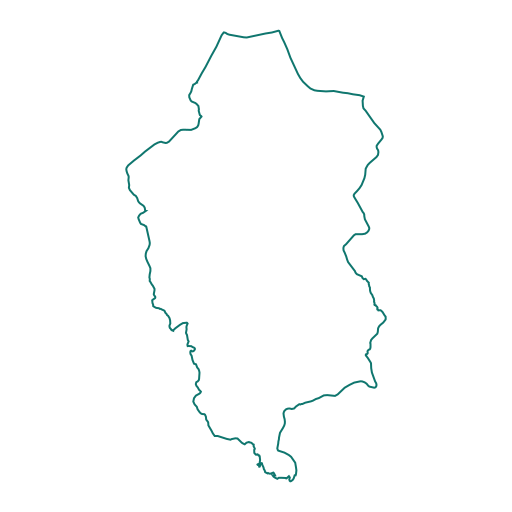 the district of Bam, Bam, Burkina Faso
{"feature_id": "67063806B14953893434288", "entity_name": "Bam", "entity_type": "district", "adm_level": 2, "iso_a3": "BFA", "parent_name": "Burkina Faso", "parent_adm1": "Bam", "projection": "natural_earth1", "projection_center": [-1.611, 13.44], "detail": "fine", "context": "isolated", "style": "outline", "palette": "teal", "viewbox_px": 512, "rotation_deg": 0, "n_neighbors": 0, "source": "geoboundaries", "source_scale": "gbopen_adm2", "svg_char_len": 6082}
<svg xmlns="http://www.w3.org/2000/svg" viewBox="0 0 512 512"><path d="M128.9,187.8L129.9,190.1L133.8,194.7L135.8,195.9L137.2,198.1L138.1,201.0L138.8,202.1L139.9,203.3L143.5,205.8L144.4,207.1L144.8,208.0L145.2,210.8L145.8,210.9L143.1,212.8L140.8,213.7L139.9,214.6L139.0,215.8L138.2,217.5L138.7,219.3L140.1,222.6L140.9,223.9L144.1,225.1L145.7,226.4L146.1,226.4L146.3,226.8L149.5,241.1L149.8,243.0L149.6,244.9L148.4,248.2L146.5,251.2L145.8,253.6L145.6,256.2L146.2,258.8L147.3,261.5L149.5,266.0L150.4,268.2L150.4,271.0L149.7,274.4L149.4,277.4L149.8,279.0L149.7,281.0L150.5,282.1L151.9,284.6L152.7,285.5L154.5,288.8L154.5,290.3L153.8,294.0L153.8,294.5L154.3,295.5L155.2,296.6L155.3,297.6L155.1,298.1L152.5,299.9L152.2,300.3L152.5,303.1L153.1,304.5L153.2,306.1L154.5,307.0L156.2,307.9L158.9,308.2L159.8,308.9L160.8,308.9L161.8,309.5L163.9,310.4L164.7,311.1L165.3,312.7L166.5,313.9L167.1,315.1L168.1,315.8L169.5,318.1L170.1,320.3L170.3,323.5L169.5,325.5L169.5,326.8L169.9,328.0L170.9,329.0L171.1,329.6L171.9,330.3L173.0,330.7L172.9,330.1L173.7,329.9L175.2,328.4L180.0,324.8L182.9,323.1L186.8,322.7L187.2,323.0L187.6,323.6L186.8,325.4L186.4,327.0L186.6,329.3L186.0,332.8L186.2,333.5L187.0,335.0L187.8,339.9L188.6,341.4L187.5,344.2L187.4,345.0L187.7,346.1L188.5,346.0L191.3,346.2L192.6,347.1L193.7,347.5L194.5,348.0L194.9,348.7L194.9,349.2L194.3,350.3L193.5,351.1L192.6,351.4L192.1,351.3L191.3,350.7L190.9,350.8L190.5,351.2L190.3,352.1L190.4,353.4L190.6,354.2L191.6,355.7L192.5,360.0L194.0,363.7L196.0,364.3L197.2,367.5L198.6,369.2L199.2,371.0L199.5,372.7L199.1,378.7L198.8,380.1L197.7,381.4L196.4,382.1L196.1,382.8L195.8,384.1L196.4,385.8L197.8,387.5L199.1,389.9L200.2,390.8L200.9,391.7L200.4,392.7L199.5,393.6L195.9,395.6L194.0,398.2L193.3,401.6L194.6,404.4L196.8,406.8L197.6,409.3L199.5,412.0L200.7,413.3L202.0,414.0L204.4,414.2L205.0,414.7L205.9,416.7L206.2,419.6L207.9,421.8L208.2,422.6L208.4,425.4L211.5,430.7L212.8,433.3L214.7,436.0L217.7,436.0L226.7,438.9L230.5,439.7L231.6,439.1L235.4,438.3L237.5,438.5L241.9,442.8L243.4,443.7L244.7,444.3L246.5,442.7L248.9,442.0L249.2,442.3L250.8,442.6L251.5,442.9L253.1,444.4L253.7,444.6L253.6,446.2L254.8,448.7L254.6,449.3L254.2,449.8L254.3,452.7L254.4,453.1L255.9,454.7L256.7,454.7L257.2,454.3L257.7,454.4L258.7,455.6L259.3,455.5L259.7,456.3L260.1,460.1L259.8,461.8L259.9,463.1L259.3,463.4L258.8,463.9L257.9,464.2L257.5,464.5L257.7,464.9L258.7,465.2L259.3,466.7L259.8,466.5L260.4,464.3L261.3,463.2L261.7,463.1L262.0,463.4L262.2,464.6L263.5,467.4L263.9,469.2L264.7,470.4L265.2,472.2L267.5,473.4L268.0,473.0L269.2,473.6L270.4,473.7L273.3,472.6L274.0,473.3L275.0,475.3L272.6,475.3L273.6,476.7L275.1,477.7L277.3,478.8L278.8,477.8L281.7,477.8L285.7,478.0L286.1,478.4L286.5,478.4L288.9,476.2L289.8,477.5L289.3,479.5L289.7,480.8L290.3,481.3L291.1,481.1L292.6,480.0L293.6,478.6L294.7,475.3L295.6,475.3L296.0,474.0L296.4,470.4L296.0,467.4L295.2,462.7L291.1,456.8L288.8,455.0L284.4,452.6L278.2,450.6L277.8,450.0L277.3,448.4L278.2,443.6L278.4,441.4L278.9,439.3L279.0,437.7L280.0,432.8L283.0,427.9L284.2,425.6L284.8,423.6L284.9,421.7L284.6,419.1L283.9,416.6L283.5,413.5L283.8,412.2L284.4,410.9L286.2,409.2L288.0,408.6L289.7,408.5L291.7,409.0L294.1,408.5L296.0,406.5L299.3,404.2L300.3,404.5L301.4,404.0L302.4,404.0L305.2,402.7L310.8,401.4L312.8,400.7L315.9,399.0L318.8,398.1L323.8,395.4L327.3,395.1L335.0,395.9L337.7,394.4L344.7,387.7L349.5,384.9L354.2,382.6L360.4,381.3L362.1,381.4L364.6,382.3L366.6,383.7L368.3,385.8L369.4,386.6L374.2,387.7L374.8,387.6L375.6,387.2L376.3,386.1L376.5,384.9L376.2,383.3L375.1,381.4L371.9,372.5L371.2,368.2L371.0,363.2L370.3,361.9L367.9,358.1L365.8,355.4L365.8,354.7L366.1,354.3L366.5,354.5L367.6,353.4L367.7,352.9L367.5,351.5L367.8,350.6L369.0,349.6L369.7,349.4L370.2,348.7L370.5,347.2L370.5,343.7L370.2,343.0L371.1,340.0L372.4,338.4L377.3,333.7L377.8,331.9L378.1,328.3L379.1,326.3L380.5,324.8L383.2,322.6L385.4,319.8L385.7,319.1L385.6,316.6L384.6,315.4L382.6,312.1L381.1,310.6L380.3,310.2L378.4,310.4L378.1,309.8L377.5,309.6L377.2,309.0L377.5,308.5L377.5,307.6L377.0,306.7L376.2,306.1L375.7,305.2L374.7,305.1L374.4,304.7L374.6,303.1L374.0,301.8L374.2,301.0L373.8,298.5L372.9,296.9L372.3,295.1L370.8,293.0L370.3,291.6L370.0,290.1L369.9,287.5L369.2,286.2L369.1,285.1L368.7,284.0L368.8,282.7L367.1,281.0L366.0,279.3L365.4,278.8L363.8,279.2L362.5,278.0L361.8,276.3L356.9,274.2L355.8,273.0L355.4,272.4L355.0,271.2L348.1,262.1L347.1,259.5L346.2,256.4L344.7,252.7L343.6,250.5L343.4,248.7L343.5,247.4L344.0,246.0L346.1,244.2L353.9,235.3L355.6,234.2L362.1,234.2L365.1,233.7L367.1,232.4L368.4,230.9L369.1,229.4L369.3,228.1L368.8,226.7L364.9,219.3L364.3,216.3L364.2,214.4L363.7,213.2L362.7,212.0L357.7,202.8L355.3,198.9L353.9,196.5L353.7,195.2L354.5,193.7L357.2,190.9L359.5,188.2L361.6,185.0L364.4,178.2L365.2,174.8L365.7,168.7L366.6,167.0L367.8,164.9L369.7,162.9L376.5,157.0L378.0,154.9L378.4,152.1L378.1,150.2L377.0,148.5L376.6,146.9L376.7,145.7L378.2,143.5L381.5,139.5L382.6,137.9L382.8,136.3L381.4,132.0L380.3,129.7L374.3,123.1L365.6,110.7L363.5,108.4L362.9,105.9L362.6,100.7L363.8,96.6L359.6,95.2L353.0,94.3L347.7,93.2L342.9,92.7L333.7,91.0L326.0,91.4L317.4,90.8L314.4,90.3L310.4,88.5L307.6,86.1L303.0,81.7L300.2,77.9L297.9,73.9L290.4,57.7L287.3,49.2L284.2,42.2L282.1,38.0L279.3,31.0L278.5,30.7L271.9,32.5L265.5,33.5L246.7,37.5L243.8,37.3L229.4,34.7L227.3,34.0L225.7,32.9L223.9,32.4L223.3,33.0L221.6,35.3L216.4,46.7L211.4,55.6L205.6,66.8L201.8,73.2L198.0,80.3L196.9,81.7L197.1,82.6L196.0,83.0L194.6,84.1L193.2,84.7L191.9,88.8L191.3,91.3L190.7,92.6L189.2,95.1L189.3,97.3L190.7,100.5L191.7,101.5L195.3,103.0L196.6,104.0L198.4,106.0L198.9,109.2L198.7,110.8L199.6,114.2L199.9,115.1L201.3,116.2L201.5,116.6L199.3,119.1L198.6,123.8L198.2,125.4L197.1,127.1L195.4,128.2L191.1,129.9L183.3,129.7L180.8,130.0L178.3,131.5L169.0,141.6L166.9,142.8L165.7,143.0L162.6,142.3L161.5,141.8L160.2,141.9L157.8,142.7L154.5,144.4L145.0,151.6L140.7,155.4L134.0,160.5L128.2,165.4L126.7,167.6L126.4,168.5L126.3,169.5L126.6,171.2L127.3,173.4L128.5,175.9L128.7,177.0L128.4,180.3L129.2,185.1L128.9,187.8Z" fill="none" stroke="#0f766e" stroke-width="2"/></svg>